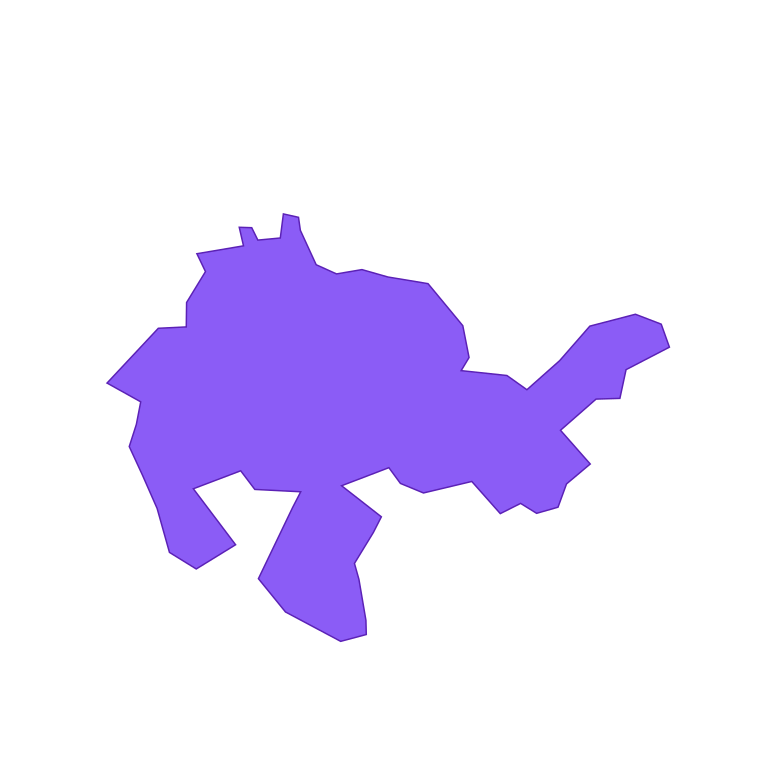 outline of Samarkand city, Samarkand, Uzbekistan, rotated 150°
{"feature_id": "79887680B93322168569220", "entity_name": "Samarkand city", "entity_type": "district", "adm_level": 2, "iso_a3": "UZB", "parent_name": "Uzbekistan", "parent_adm1": "Samarkand", "projection": "natural_earth1", "projection_center": [66.968, 39.625], "detail": "fine", "context": "isolated", "style": "filled", "palette": "violet", "viewbox_px": 768, "rotation_deg": 150, "n_neighbors": 0, "source": "geoboundaries", "source_scale": "gbopen_adm2", "svg_char_len": 975}
<svg xmlns="http://www.w3.org/2000/svg" viewBox="0 0 768 768"><g transform="rotate(150 384 384)"><path d="M131.4,318.7L176.8,331.2L220.2,316.4L263.1,307.6L273.3,329.9L310.5,357.0L297.1,364.4L286.6,395.1L295.7,448.9L327.1,474.7L345.9,494.1L370.1,503.1L383.1,521.2L379.6,558.9L374.7,571.1L386.1,581.6L400.8,562.3L421.3,571.7L420.4,585.5L431.0,592.1L436.6,573.9L480.9,590.4L482.4,570.6L514.2,553.3L526.7,532.3L551.6,545.1L623.4,523.3L603.6,490.2L618.7,472.8L635.9,457.2L638.8,425.4L642.7,389.7L654.0,345.4L639.1,317.7L592.9,319.0L601.5,388.6L551.5,380.5L548.6,357.3L510.0,332.3L524.8,322.8L590.1,278.2L583.3,235.8L550.2,182.8L524.6,175.9L517.8,188.4L503.4,227.3L499.3,243.4L467.5,260.7L452.7,270.3L471.6,317.1L421.6,309.1L419.5,289.7L404.3,269.9L356.7,255.7L348.1,213.6L325.4,212.3L316.5,195.7L294.9,190.3L275.9,206.2L245.4,211.6L254.3,255.7L207.9,264.9L186.9,253.6L167.2,275.4L118.4,273.2L114.0,297.2L131.4,318.7Z" fill="#8b5cf6" stroke="#5b21b6" stroke-width="1.5"/></g></svg>